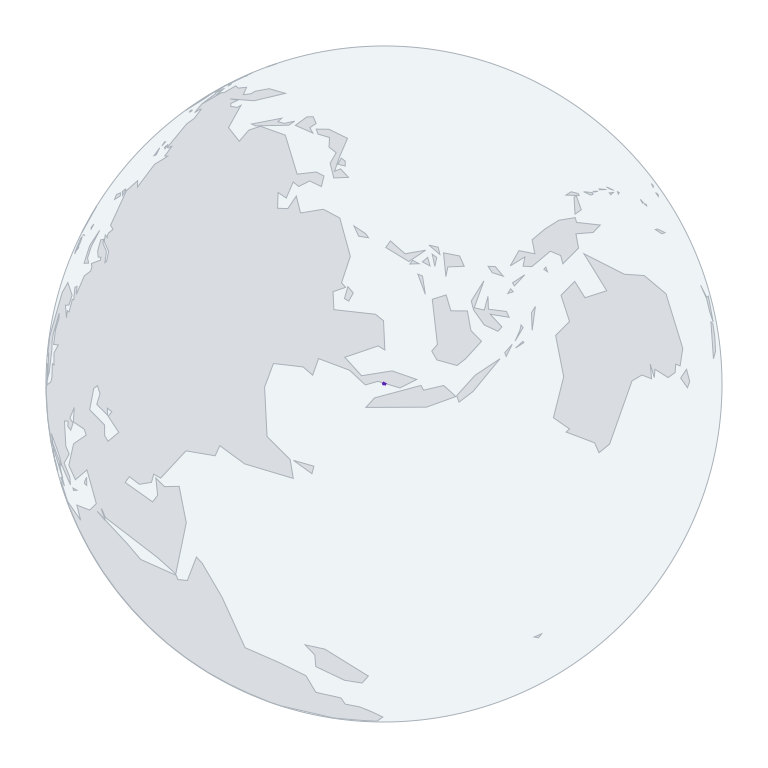 Pulau Pinang on an orthographic globe, rotated 306°
{"feature_id": "MYS-1139", "entity_name": "Pulau Pinang", "entity_type": "State", "adm_level": 1, "iso_a3": "MYS", "parent_name": "Malaysia", "parent_adm1": "", "projection": "orthographic", "projection_center": [100.346, 5.345], "detail": "fine", "context": "on_globe", "style": "filled", "palette": "violet", "viewbox_px": 768, "rotation_deg": 306, "n_neighbors": 0, "source": "natural_earth", "source_scale": "10m", "svg_char_len": 8704}
<svg xmlns="http://www.w3.org/2000/svg" viewBox="0 0 768 768"><g transform="rotate(306 384 384)"><circle cx="384" cy="384" r="338" fill="#eef3f6" stroke="#a8b0b8"/><path d="M703.4,482.5L702.8,484.9L702.6,485.3L703.4,482.5ZM575.2,105.4L580.0,108.9L571.7,103.0L575.2,105.4ZM557.2,93.9L558.1,94.4L551.7,90.7L549.9,90.0L541.9,85.7L531.6,80.1L526.2,77.5L529.3,79.3L523.2,77.1L519.5,74.6L508.5,70.7L489.2,62.9L488.9,62.8L512.4,71.4L535.2,81.8L557.2,93.9ZM551.1,90.7L553.9,92.4L551.7,91.4L551.1,90.7ZM537.5,84.3L533.2,82.7L535.8,83.2L537.5,84.3ZM529.5,81.1L519.1,78.4L524.6,81.5L503.3,72.0L519.2,76.9L521.6,76.7L524.3,78.7L529.5,81.1ZM493.2,67.7L489.2,66.6L491.5,66.8L493.2,67.7ZM114.4,180.3L115.4,179.5L113.8,182.3L103.1,196.9L95.5,218.6L105.5,206.7L109.0,220.0L118.1,221.6L139.9,194.2L125.2,190.6L133.0,176.8L153.2,168.0L167.7,173.1L171.2,168.0L170.8,154.9L183.0,147.2L171.7,149.9L169.6,155.4L162.5,157.7L163.9,153.1L168.2,150.2L166.3,147.2L146.5,163.3L142.3,170.5L132.0,171.7L124.1,184.4L118.1,189.6L129.3,170.4L135.0,163.8L148.4,144.1L141.5,150.8L128.4,170.4L128.5,168.5L119.0,179.4L126.3,169.6L142.5,148.2L140.2,150.0L158.3,132.5L177.7,116.4L182.0,113.1L183.3,112.7L200.6,100.9L203.6,99.6L192.5,106.6L185.4,112.0L190.0,113.3L194.6,111.2L205.5,103.8L205.4,105.8L215.3,98.7L224.2,97.6L221.8,93.5L234.5,86.5L246.7,82.2L250.4,79.6L230.6,86.8L223.1,90.5L217.3,94.7L196.4,106.4L192.1,108.0L212.3,94.2L208.5,95.5L225.9,85.6L268.8,69.9L280.2,68.6L272.6,79.4L262.7,82.7L260.5,80.0L250.9,88.2L257.2,84.7L257.2,86.9L269.3,82.1L269.8,83.5L280.6,77.1L282.6,78.3L275.7,82.4L295.4,78.0L302.9,80.3L307.1,78.8L309.5,76.5L317.5,81.8L320.2,80.5L318.7,78.2L323.1,74.3L334.1,70.1L336.3,72.1L332.6,73.9L328.2,81.5L318.1,86.9L320.1,87.5L329.4,83.3L334.8,73.9L340.8,70.9L339.6,74.9L340.5,73.2L344.2,72.4L349.8,73.8L351.7,69.5L389.0,62.0L403.7,65.2L398.5,68.8L426.9,69.3L441.2,75.2L439.7,72.6L452.3,72.7L448.0,70.7L448.2,69.6L478.6,71.5L487.4,74.4L498.8,74.6L498.1,73.6L492.2,71.3L503.3,72.0L524.6,81.5L525.2,83.1L538.1,88.9L537.7,92.2L543.3,98.4L535.4,100.1L540.6,105.8L545.0,107.6L555.4,117.5L561.2,133.4L536.7,112.3L524.2,91.8L527.6,98.8L520.9,95.2L518.5,96.8L521.5,102.7L525.4,104.5L500.0,107.5L495.3,124.2L509.9,125.4L519.9,132.6L527.3,157.9L502.7,190.4L515.7,204.6L517.0,213.2L506.9,217.3L504.6,204.5L493.7,198.9L494.0,191.8L477.0,195.6L476.7,185.7L463.6,194.6L469.4,203.1L484.5,202.6L473.3,215.9L489.7,232.2L492.3,250.7L467.5,281.7L441.0,290.1L439.6,296.1L428.7,288.5L414.7,299.8L435.4,336.1L434.9,346.4L412.0,364.7L411.4,356.9L382.6,336.6L377.5,361.0L399.4,382.9L406.9,407.8L390.2,399.2L382.5,377.4L372.3,369.5L374.9,348.1L366.1,316.1L349.2,321.1L350.3,308.6L335.6,282.5L311.3,289.2L272.7,320.3L267.7,352.5L254.3,366.1L237.5,318.3L237.6,287.4L226.7,289.6L213.5,263.1L176.6,258.6L175.7,250.7L167.8,253.7L159.1,245.1L159.4,232.4L152.2,232.5L152.6,266.1L160.9,266.3L173.8,254.7L171.9,266.7L180.8,278.4L155.5,305.6L107.9,327.2L110.5,303.0L112.2,237.2L116.2,230.5L116.5,229.7L117.0,228.3L109.7,239.0L112.4,226.8L103.7,271.0L99.0,290.2L107.1,328.5L104.6,332.1L109.4,340.4L133.7,334.0L132.2,342.0L116.3,378.3L89.0,426.6L96.9,462.4L102.1,492.3L94.5,510.1L104.7,533.7L102.2,540.8L108.4,553.9L111.7,567.1L113.8,578.8L107.0,576.4L99.1,564.3L84.2,539.6L62.9,489.4L59.4,478.1L54.1,455.9L50.3,435.7L47.1,410.2L46.1,385.8L46.8,361.3L49.4,336.9L53.7,312.8L59.7,289.1L67.4,265.9L76.8,243.3L87.8,221.4L100.3,200.4L114.4,180.3ZM175.5,194.4L189.0,197.9L195.8,179.9L201.6,180.1L201.8,174.4L196.3,178.7L198.7,163.6L209.2,160.0L214.2,153.1L209.8,151.8L190.2,161.0L186.6,182.0L178.0,188.4L175.5,194.4ZM359.1,47.0L357.8,47.1L347.4,48.2L350.1,47.8L336.7,49.6L334.3,49.8L332.9,50.0L329.0,50.6L359.1,47.0ZM118.4,177.2L118.3,178.2L119.6,178.0L113.7,185.4L118.4,177.2ZM129.0,162.6L129.8,161.9L122.1,171.2L122.2,170.7L129.0,162.6ZM136.9,154.1L130.5,161.1L134.0,157.0L136.9,154.1ZM194.0,106.0L195.7,105.3L193.3,107.1L189.3,109.6L194.0,106.0ZM307.4,57.3L310.3,56.1L312.4,55.7L323.3,53.0L326.0,53.2L320.5,55.0L307.4,57.3ZM133.7,198.3L127.2,203.1L127.5,200.1L129.7,199.0L133.7,198.3ZM117.0,193.5L117.7,198.0L115.4,195.5L117.0,193.5ZM312.2,57.0L316.4,55.8L315.1,56.7L312.2,57.0ZM328.5,53.4L328.2,54.2L327.6,53.0L328.5,53.4ZM267.6,654.2L274.5,658.3L269.6,658.2L267.6,654.2ZM134.7,491.9L138.5,543.0L129.2,542.0L121.1,526.2L115.3,494.9L124.1,487.3L126.6,473.5L134.7,491.9ZM490.4,469.3L500.2,471.3L499.7,472.8L490.4,469.3ZM480.3,463.3L491.5,464.4L478.2,466.6L480.3,463.3ZM495.9,464.8L507.4,462.4L512.3,460.2L511.4,463.4L495.9,464.8ZM472.6,463.0L430.2,460.4L413.4,455.3L417.4,449.7L444.7,452.6L472.6,463.0ZM416.1,449.5L390.2,431.9L354.4,383.1L367.2,384.5L404.6,414.8L402.2,419.6L417.9,433.2L416.1,449.5ZM478.3,422.9L475.8,437.8L452.5,435.2L441.9,432.2L434.6,412.7L438.7,403.3L447.4,404.0L480.9,373.3L492.6,381.9L482.5,395.1L492.1,408.5L478.3,422.9ZM269.0,355.7L276.3,375.6L269.1,378.4L269.0,355.7ZM494.0,351.6L480.8,364.8L492.8,346.8L494.0,351.6ZM500.9,334.5L501.9,341.6L496.3,334.4L500.9,334.5ZM439.6,305.6L430.3,306.7L429.9,301.8L441.5,297.6L439.6,305.6ZM494.2,266.8L494.8,280.8L493.2,285.5L488.7,276.7L494.2,266.8ZM341.2,63.6L323.0,66.4L311.7,70.1L308.2,74.0L305.4,70.4L322.8,64.6L341.2,63.6ZM382.9,61.6L385.9,59.2L389.8,60.2L389.6,60.9L382.9,61.6ZM381.0,60.1L375.0,57.5L380.1,56.2L383.8,58.5L381.0,60.1ZM342.9,55.3L337.3,56.0L338.5,55.0L342.9,55.3ZM626.4,612.0L626.1,614.6L616.7,623.8L605.3,633.0L598.1,635.7L626.4,612.0ZM559.3,631.7L563.2,620.5L573.7,620.1L565.8,629.8L559.3,631.7ZM633.9,605.0L642.6,595.0L650.0,582.1L643.9,594.0L645.7,594.8L627.6,613.9L633.9,605.0ZM532.3,582.8L468.0,601.8L454.8,598.3L460.2,589.0L452.2,559.6L456.7,560.5L456.3,540.9L495.5,525.1L524.2,494.3L543.6,497.4L559.8,475.1L579.1,478.0L571.9,495.9L590.4,509.4L606.9,469.2L614.1,514.0L624.7,530.8L622.7,559.1L588.5,604.7L572.7,612.9L571.5,608.3L564.5,612.7L556.2,610.1L555.2,594.5L548.1,598.9L556.6,587.7L545.5,597.4L542.9,587.4L532.3,582.8ZM668.4,512.8L670.2,514.2L671.6,522.4L668.9,520.6L668.4,512.8ZM698.6,491.1L698.3,494.9L696.9,495.6L698.6,491.1ZM702.6,485.3L701.0,486.5L703.4,482.5L702.6,485.3ZM682.9,488.0L683.4,490.9L682.5,491.8L682.9,488.0ZM682.3,487.0L684.0,482.7L683.2,487.1L682.3,487.0ZM675.3,462.0L676.8,459.9L677.2,461.7L675.3,462.0ZM514.5,472.3L528.4,461.4L535.7,460.9L514.5,472.3ZM673.8,457.0L670.4,456.2L671.0,453.9L673.8,457.0ZM674.4,451.5L674.2,448.1L675.8,456.1L674.4,451.5ZM668.3,443.4L672.1,449.7L667.8,444.1L668.3,443.4ZM665.7,443.9L662.7,441.1L662.9,440.1L665.7,443.9ZM627.9,444.8L639.7,465.5L629.5,464.1L618.3,451.0L608.3,461.5L586.4,458.0L591.8,451.4L589.2,440.5L565.8,434.6L561.1,427.3L569.6,423.3L553.8,416.7L571.2,414.8L578.0,429.5L587.7,419.1L603.9,423.1L619.2,429.2L631.0,440.9L627.9,444.8ZM570.7,446.0L573.7,446.2L570.9,450.3L570.7,446.0ZM656.9,432.5L661.3,440.0L660.6,441.6L658.4,440.3L656.9,432.5ZM633.8,438.7L646.6,428.1L649.5,428.6L640.9,441.2L633.8,438.7ZM643.8,420.2L649.5,422.4L652.3,429.4L651.1,431.1L643.8,420.2ZM535.4,430.5L534.6,434.3L530.0,431.0L535.4,430.5ZM541.4,428.5L555.1,433.7L540.0,431.8L541.4,428.5ZM498.7,412.2L502.8,421.7L516.0,416.6L505.9,424.5L514.6,440.4L511.5,446.0L502.9,428.9L499.5,445.8L493.6,445.2L490.7,430.3L496.7,412.8L502.5,405.8L526.2,404.2L498.7,412.2ZM541.3,417.1L537.7,406.1L540.4,399.1L544.4,405.0L541.3,417.1ZM526.4,379.7L516.2,366.8L507.3,370.9L525.1,355.1L532.0,369.9L526.4,379.7ZM517.3,352.3L509.0,356.0L517.4,346.7L517.3,352.3ZM506.6,351.8L505.4,343.3L512.1,344.9L506.6,351.8ZM521.7,353.0L522.8,338.8L526.5,347.4L521.7,353.0ZM501.7,324.5L516.8,339.1L497.7,332.1L495.5,305.2L503.5,305.1L501.7,324.5ZM537.5,224.5L534.7,217.5L541.6,216.7L541.5,221.6L537.5,224.5ZM561.3,210.1L542.5,214.3L527.0,218.9L532.5,222.4L530.3,233.8L521.2,222.3L531.0,210.6L543.0,209.4L543.4,200.2L551.4,195.1L547.4,183.7L550.4,179.4L557.7,189.7L561.3,210.1ZM545.2,178.9L541.2,160.3L554.7,164.6L558.6,169.6L554.8,176.0L547.8,173.3L545.2,178.9ZM544.2,157.3L537.4,154.8L517.4,128.4L516.5,124.1L538.9,145.0L533.8,144.0L536.3,150.2L544.2,157.3ZM491.2,67.7L489.4,66.7L493.1,68.1L491.2,67.7ZM445.5,68.6L446.5,67.3L450.9,68.5L445.5,68.6ZM451.6,64.9L446.0,64.4L451.0,64.1L451.6,64.9ZM433.6,63.7L443.3,63.7L435.3,65.0L433.6,63.7Z" fill="#d9dde1" stroke="#a8b0b8" stroke-width="1"/><path d="M384.3,385.3L384.4,385.1L384.5,384.9L384.5,384.7L384.4,384.6L384.5,384.4L384.5,384.2L384.4,384.0L384.2,383.8L384.2,383.7L384.2,383.1L384.2,382.9L384.1,382.7L384.9,382.7L385.0,382.7L385.1,382.8L385.1,383.3L385.2,384.5L385.3,385.2L385.2,385.2L385.2,385.3L384.9,385.2L384.3,385.3L384.3,385.3ZM383.8,383.4L383.8,383.5L384.0,383.6L383.9,383.8L383.9,384.0L383.7,384.4L383.7,384.5L383.3,384.4L383.1,384.4L383.1,384.5L383.1,384.4L383.1,384.0L383.1,383.7L383.1,383.4L383.3,383.4L383.5,383.3L383.8,383.4Z" fill="#8b5cf6" stroke="#5b21b6" stroke-width="1.5"/></g></svg>